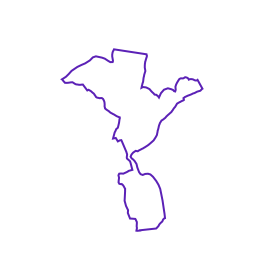 the district of Grande Riviere, Gros Islet, Saint Lucia, rotated 215°
{"feature_id": "8701671B51271106476031", "entity_name": "Grande Riviere", "entity_type": "district", "adm_level": 2, "iso_a3": "LCA", "parent_name": "Saint Lucia", "parent_adm1": "Gros Islet", "projection": "natural_earth1", "projection_center": [-60.952, 14.036], "detail": "fine", "context": "isolated", "style": "outline", "palette": "violet", "viewbox_px": 256, "rotation_deg": 215, "n_neighbors": 0, "source": "geoboundaries", "source_scale": "gbopen_adm2", "svg_char_len": 5945}
<svg xmlns="http://www.w3.org/2000/svg" viewBox="0 0 256 256"><g transform="rotate(215 128 128)"><path d="M46.0,75.4L48.9,78.7L52.9,82.9L58.0,88.3L62.5,92.6L66.7,96.6L70.5,99.0L74.5,100.8L79.6,102.4L83.0,102.8L85.4,102.0L87.6,100.2L89.0,98.0L91.2,97.4L93.6,98.2L97.7,101.0L100.4,103.4L103.8,104.8L106.0,105.2L107.5,105.2L109.4,106.0L109.9,108.2L109.7,110.7L108.6,113.7L106.7,114.5L106.5,114.9L106.4,115.5L106.1,116.0L105.8,116.6L105.1,117.9L104.9,118.3L104.6,118.9L104.4,119.3L104.0,119.9L103.4,121.4L103.1,121.9L102.9,122.5L102.6,123.2L101.9,124.9L101.7,125.4L101.6,126.0L101.3,126.6L101.2,127.3L100.8,128.6L100.7,129.3L100.4,130.3L100.3,130.8L100.0,132.1L99.9,132.6L99.9,133.1L100.0,134.0L99.9,134.7L100.0,135.1L100.0,135.7L100.1,137.1L100.2,137.6L100.2,138.3L100.4,139.0L100.6,139.5L101.1,140.6L101.3,141.1L101.6,141.8L102.1,142.7L102.3,143.4L102.5,144.1L102.7,144.6L102.9,145.1L103.1,145.7L103.4,146.3L103.6,146.8L104.1,148.1L104.2,148.6L104.3,149.2L104.5,149.7L104.7,150.6L104.7,151.0L104.7,151.6L104.8,152.2L104.8,152.9L104.8,153.5L104.5,154.0L103.8,155.9L103.7,156.6L103.5,157.0L103.3,157.7L103.2,158.8L103.2,159.4L103.0,160.2L102.9,160.7L102.8,161.3L102.7,161.7L102.5,162.4L102.2,163.7L102.1,164.2L101.7,165.6L101.7,166.0L101.6,166.3L101.7,166.8L101.6,168.2L101.7,169.6L101.7,170.4L101.6,171.6L101.5,172.2L101.5,172.5L101.8,176.1L101.5,176.7L101.3,177.2L100.9,178.0L100.5,178.9L100.1,179.4L99.8,180.2L99.6,180.6L99.3,181.1L99.0,181.6L98.6,182.2L98.3,183.1L98.8,183.5L99.0,183.7L99.4,184.0L99.7,184.3L99.3,185.4L99.3,185.6L99.1,186.1L98.5,187.1L97.6,188.7L96.9,189.7L96.2,190.7L95.3,192.1L95.0,192.7L94.4,193.8L94.0,194.2L93.7,194.6L93.1,195.6L92.8,196.3L92.5,196.8L92.3,197.3L92.1,197.6L91.9,197.8L91.2,198.7L90.6,199.4L90.2,199.9L90.1,200.2L90.0,200.7L90.0,201.0L89.7,202.7L89.6,202.9L98.6,207.3L98.7,206.9L98.9,206.5L99.3,206.1L99.6,205.9L99.9,205.7L100.6,205.4L101.1,205.3L102.1,205.2L102.6,205.1L103.6,204.7L104.7,204.0L105.1,203.7L105.4,203.4L105.6,203.1L105.9,202.5L107.1,203.1L107.7,203.1L108.3,203.1L108.7,203.0L109.4,202.8L109.8,202.6L110.3,202.4L111.1,200.5L112.0,199.7L113.1,199.1L114.0,197.7L114.0,195.9L113.8,193.1L113.5,191.2L112.8,189.0L110.8,186.6L110.3,185.0L111.4,184.6L112.6,185.0L114.8,184.6L118.1,183.4L120.5,180.0L121.0,175.4L120.1,170.7L120.9,171.0L122.0,171.3L123.1,171.3L123.7,171.5L124.0,171.3L124.7,171.0L125.4,170.6L125.7,170.7L126.1,170.8L126.8,171.0L127.2,171.1L127.7,171.1L128.4,171.2L129.1,171.3L129.4,171.4L130.1,171.5L130.5,171.6L131.1,171.8L131.6,171.9L132.1,172.0L132.6,172.2L134.8,171.9L136.0,171.7L136.7,171.5L139.3,170.1L140.0,168.7L140.3,169.4L140.6,170.1L140.8,170.5L141.0,171.2L141.2,171.7L141.5,172.3L141.7,173.0L141.9,173.6L142.1,174.4L142.3,174.8L142.6,175.4L143.1,176.3L143.3,176.7L143.7,177.4L144.3,178.7L144.6,179.6L145.0,180.4L145.2,180.8L145.7,182.3L146.1,183.5L146.4,184.5L146.8,185.0L147.2,185.4L147.6,185.8L147.9,186.1L148.9,187.1L150.2,189.0L151.2,190.7L151.3,191.1L151.7,191.7L151.9,192.1L152.1,192.9L152.7,194.5L152.9,195.3L153.1,195.7L153.4,196.9L153.7,197.6L153.9,198.0L154.4,198.3L154.7,198.6L155.1,199.0L184.6,184.4L184.5,183.9L184.3,182.9L184.3,182.2L184.2,181.8L184.0,181.3L183.8,180.6L183.5,180.1L183.0,179.0L182.7,178.6L182.4,178.2L182.0,177.6L179.4,175.0L179.1,174.7L178.7,174.2L178.6,173.8L178.4,173.2L180.3,171.8L183.0,171.6L186.8,171.5L189.7,170.7L195.4,168.3L197.3,165.7L198.0,161.5L200.2,156.3L202.2,153.1L204.5,149.0L205.8,145.6L207.0,142.4L207.5,138.2L208.2,134.4L209.4,131.4L210.0,130.0L209.8,130.0L207.4,129.3L205.4,128.9L205.1,129.2L204.1,129.8L203.1,130.6L201.7,131.9L200.8,132.8L199.7,133.6L198.6,133.7L197.2,133.7L196.5,133.8L195.8,133.9L195.3,134.1L194.4,134.6L192.9,135.3L191.8,136.1L191.4,136.4L191.0,136.8L190.7,137.1L190.1,137.5L189.9,137.7L182.9,135.4L182.8,135.6L182.6,136.1L182.2,136.7L181.6,136.7L181.2,136.8L180.7,136.8L180.2,136.9L179.5,136.9L178.5,136.8L178.0,136.7L176.8,136.6L176.4,136.6L175.9,136.6L174.7,136.2L174.2,135.9L173.8,135.9L173.0,135.5L172.6,135.4L172.2,135.1L170.9,135.1L169.9,135.5L169.1,135.9L168.4,136.1L168.0,136.4L167.6,136.8L167.0,137.2L166.6,137.5L165.2,137.5L165.0,137.4L164.3,137.1L163.8,136.8L163.4,136.6L162.4,135.9L162.0,135.5L161.7,135.2L161.3,134.7L160.8,134.1L160.2,133.3L159.9,132.7L159.5,132.2L159.2,131.9L158.7,131.6L158.2,131.0L157.8,130.8L157.2,130.8L156.8,130.7L156.1,130.7L155.6,130.7L154.6,130.7L153.9,130.8L153.4,130.8L152.9,130.7L152.4,130.6L151.7,130.6L151.3,130.5L150.8,130.6L150.3,130.6L149.1,130.8L148.5,130.8L147.6,131.0L144.0,131.2L141.7,131.7L140.9,132.0L140.8,131.9L140.3,131.3L139.8,129.9L139.5,129.4L139.3,129.0L139.0,128.4L138.7,127.9L137.9,126.1L137.7,125.5L137.3,124.6L137.0,123.7L136.8,123.3L136.6,122.7L136.5,122.2L136.7,121.5L136.9,120.8L137.0,120.2L136.9,119.8L136.7,119.0L136.5,118.0L136.4,116.8L134.2,110.8L132.3,112.8L128.6,111.2L127.6,113.2L126.5,114.2L125.6,113.7L115.5,107.4L114.7,106.7L114.2,106.4L113.9,106.1L113.6,105.9L112.3,103.5L112.1,103.2L111.8,102.8L111.5,102.6L111.3,102.4L110.6,102.3L109.4,102.2L107.7,102.0L107.3,101.9L107.2,101.8L106.8,101.6L106.3,101.2L105.9,100.9L105.1,100.2L100.4,96.2L103.0,93.1L103.2,92.1L103.4,91.8L104.3,90.2L104.6,89.7L104.9,89.2L105.2,88.7L105.6,88.0L105.8,87.8L106.9,87.2L107.5,86.8L107.8,86.5L108.3,86.2L108.6,85.9L109.0,85.5L108.7,83.8L106.8,82.1L106.1,80.8L105.2,79.1L104.5,78.0L103.1,77.3L101.2,78.1L101.0,78.5L99.8,78.4L98.5,78.0L97.8,77.7L96.9,77.2L96.5,77.0L95.8,76.7L95.4,76.5L95.1,76.0L94.9,75.5L94.4,75.0L89.0,66.4L84.9,63.0L80.8,60.7L79.4,58.3L74.4,55.0L72.8,56.0L69.9,57.7L69.3,57.5L68.8,57.2L68.4,56.9L67.2,56.3L66.8,56.0L66.5,55.6L66.1,55.0L65.8,54.6L65.5,54.0L65.2,53.6L64.8,52.9L64.3,52.2L63.3,51.2L62.2,48.7L62.0,48.8L61.3,49.2L59.2,51.0L59.4,51.2L47.3,61.8L47.2,62.2L47.1,62.7L47.1,63.2L47.0,63.7L46.9,64.4L46.8,65.0L46.9,65.9L47.0,66.5L47.0,67.7L46.7,69.4L46.6,69.9L46.3,71.0L46.4,71.6L46.5,72.2L46.7,72.8L46.7,73.2L46.7,73.7L46.6,74.0L46.5,74.5L46.4,74.8L46.0,75.4Z" fill="none" stroke="#5b21b6" stroke-width="2"/></g></svg>